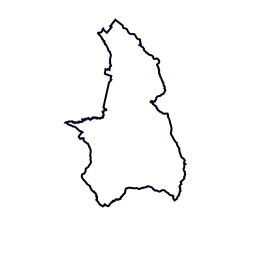 outline of Ejura-sekyedumase, Ashanti, Ghana, rotated 128°
{"feature_id": "2480657B28564915274944", "entity_name": "Ejura-sekyedumase", "entity_type": "district", "adm_level": 2, "iso_a3": "GHA", "parent_name": "Ghana", "parent_adm1": "Ashanti", "projection": "robinson", "projection_center": [-1.397, 7.385], "detail": "fine", "context": "isolated", "style": "outline", "palette": "ink", "viewbox_px": 256, "rotation_deg": 128, "n_neighbors": 0, "source": "geoboundaries", "source_scale": "gbopen_adm2", "svg_char_len": 5819}
<svg xmlns="http://www.w3.org/2000/svg" viewBox="0 0 256 256"><g transform="rotate(128 128 128)"><path d="M121.1,60.6L121.0,62.5L118.5,63.4L118.0,64.7L118.1,67.0L117.8,68.5L114.7,73.1L113.8,74.1L112.9,74.5L111.5,78.1L110.6,79.5L109.7,80.2L109.8,81.2L109.6,82.5L108.2,86.2L107.7,86.8L106.7,89.8L105.9,91.0L105.2,91.1L103.6,92.3L102.1,92.9L101.0,94.0L95.8,100.7L94.4,103.7L93.6,103.9L92.3,105.7L94.8,108.8L95.1,109.7L95.0,111.4L95.5,112.9L95.3,114.1L95.6,115.3L94.7,116.7L94.9,117.3L94.8,117.6L94.4,118.3L94.1,118.3L93.7,119.5L93.6,120.1L94.0,120.9L93.5,122.3L93.8,123.1L93.3,123.9L93.4,125.3L93.7,126.0L92.9,126.4L92.0,125.8L91.9,125.4L92.0,124.6L91.8,124.0L90.5,123.2L90.2,123.4L90.0,123.2L88.9,123.5L87.8,123.5L86.6,124.4L85.4,124.2L84.2,123.7L82.6,122.3L80.8,122.1L80.1,121.4L79.2,121.1L78.5,121.4L77.9,121.2L76.6,121.5L76.2,121.9L75.8,122.0L75.3,121.9L74.5,122.9L74.4,123.8L73.8,123.9L72.8,124.6L72.8,125.3L72.6,125.4L72.5,126.0L70.5,128.2L70.5,128.8L70.1,129.5L68.1,133.0L67.8,133.9L67.1,134.9L66.7,135.2L66.2,136.7L65.6,136.9L65.4,137.5L64.4,138.2L64.1,138.8L63.5,138.8L62.6,139.7L62.3,140.9L61.4,141.3L60.6,143.8L60.2,144.2L57.4,143.7L55.8,144.8L55.2,147.3L55.7,148.0L55.7,148.4L57.0,149.3L57.5,150.0L57.3,151.2L56.4,152.1L56.2,152.8L56.2,154.2L57.2,156.5L57.3,157.7L57.0,158.8L57.3,160.4L57.0,161.1L56.8,163.5L55.8,164.1L55.2,165.9L55.5,166.4L55.3,169.5L55.5,170.0L55.0,170.0L54.1,169.4L53.2,171.0L52.7,171.1L51.7,172.4L50.9,172.9L51.1,173.9L51.5,174.2L51.7,174.7L51.9,176.0L50.2,180.4L50.3,181.1L51.8,182.9L52.6,184.7L52.3,186.6L50.8,189.9L51.1,191.2L52.0,193.2L51.3,194.5L50.5,195.2L50.5,204.6L58.8,204.6L58.6,203.0L66.0,203.3L65.7,207.2L65.0,208.7L65.8,208.8L67.1,208.1L68.9,208.1L69.7,208.3L71.2,210.1L71.7,210.1L72.1,209.3L72.3,207.2L72.9,204.7L73.8,203.0L73.6,202.5L73.9,201.8L74.6,201.0L74.1,200.4L74.2,199.8L75.1,199.5L75.3,198.6L76.2,197.8L75.8,197.2L76.2,195.8L76.7,195.2L76.9,194.4L78.1,192.1L78.7,191.6L79.0,191.1L79.2,189.0L79.8,188.5L80.2,187.6L81.4,186.1L85.2,184.3L86.8,182.7L87.8,182.6L88.2,181.6L89.5,179.6L90.4,180.1L91.0,179.9L93.6,178.3L93.8,180.0L94.8,180.0L95.5,181.3L95.5,181.9L98.7,180.2L99.5,179.6L99.1,178.5L98.9,177.3L98.4,176.6L98.4,175.9L97.6,174.1L97.4,173.1L99.7,172.2L100.3,171.6L100.3,170.9L101.1,171.1L101.5,170.8L103.8,171.0L125.9,160.5L127.0,159.9L126.9,159.2L127.2,158.1L126.8,156.6L127.3,156.1L129.3,158.0L130.3,157.3L131.0,157.9L132.5,155.2L133.3,154.9L134.3,155.2L134.9,154.6L135.1,154.1L135.9,154.6L136.1,155.2L136.8,155.8L137.0,155.5L137.6,155.6L137.8,156.4L138.2,156.5L138.6,157.9L139.4,158.0L139.6,158.2L139.4,158.7L139.7,158.9L139.5,159.1L139.8,159.2L139.7,159.9L140.1,160.1L140.1,160.8L140.7,161.4L140.8,161.1L141.1,161.1L141.2,162.0L141.6,161.9L141.6,162.2L141.9,162.4L142.5,161.9L142.8,161.9L143.5,162.5L144.0,162.5L144.0,163.1L144.3,163.0L144.2,163.3L144.8,163.7L144.6,164.0L145.0,164.2L144.9,164.6L145.2,165.1L144.9,165.4L145.2,165.5L145.3,165.8L145.9,165.9L146.5,166.7L147.0,166.4L147.1,166.7L147.3,166.6L147.4,166.9L147.5,166.7L148.0,167.1L149.1,167.3L149.0,168.1L149.4,168.1L149.4,168.5L149.7,168.2L149.8,168.5L150.0,168.1L150.4,168.2L151.1,167.8L151.8,168.4L152.0,168.9L152.2,169.1L152.5,169.2L152.7,169.9L153.3,169.8L153.5,170.6L154.1,170.7L154.0,171.0L154.5,171.0L154.7,170.8L155.1,171.5L155.1,171.8L155.5,172.3L155.7,172.1L155.9,172.2L155.9,172.7L156.6,172.9L156.4,173.2L156.6,173.8L157.0,174.1L156.9,174.4L157.1,174.2L157.3,174.5L157.0,174.6L157.2,174.9L157.0,175.1L157.2,175.4L157.1,176.1L158.4,177.3L159.1,178.6L160.4,178.9L160.6,179.4L161.9,180.6L162.3,180.6L161.9,180.0L161.7,179.1L162.1,177.8L161.5,175.9L161.4,174.8L160.8,174.1L160.8,172.5L159.9,170.8L159.6,169.6L160.1,164.3L159.5,162.9L159.3,161.5L159.4,161.2L160.7,161.7L162.9,161.7L164.5,161.6L165.4,161.3L165.6,160.0L166.0,158.9L164.6,158.1L164.4,157.7L164.1,157.7L163.5,156.5L164.5,156.2L165.0,155.3L165.3,154.2L165.3,150.6L165.0,150.0L165.3,149.3L167.0,146.4L167.0,145.9L168.8,143.3L173.2,140.7L174.0,139.3L176.2,138.0L177.6,136.1L178.7,135.8L183.4,135.4L186.1,136.2L186.9,135.9L187.6,135.1L188.5,134.7L190.9,134.5L191.4,134.6L192.3,135.5L194.2,135.0L195.3,133.9L196.3,130.8L196.3,129.6L197.0,127.1L197.0,126.4L197.4,125.7L197.1,122.4L198.0,121.2L199.2,118.6L199.5,116.3L199.4,115.7L199.1,115.5L199.5,115.0L199.3,114.6L199.4,114.4L199.3,113.8L199.7,113.4L199.9,112.2L200.5,111.4L201.3,111.1L201.3,110.0L202.1,109.6L202.4,109.6L203.1,108.5L204.1,108.7L204.6,106.4L205.5,103.6L205.5,102.8L205.8,102.2L205.2,101.5L205.2,99.7L205.6,98.9L205.0,99.4L204.5,99.2L202.4,99.3L202.5,97.5L202.2,97.0L201.9,95.6L200.8,95.1L199.5,95.5L198.2,95.2L197.0,95.4L196.3,94.9L195.9,95.1L195.3,94.6L194.6,95.0L194.2,94.6L194.2,94.0L193.9,93.7L193.3,93.6L192.7,93.8L192.1,93.4L191.6,93.5L191.0,93.0L190.9,91.9L190.4,91.8L190.0,91.3L189.6,91.3L189.2,90.7L188.1,90.2L186.9,91.2L185.3,90.5L184.7,90.8L184.2,90.6L182.7,90.8L182.2,90.4L181.3,90.4L179.9,90.9L179.4,91.5L179.0,91.4L178.0,92.0L177.1,92.3L176.5,92.1L176.0,91.4L175.3,91.2L173.9,89.9L173.5,88.8L171.9,86.3L171.0,85.1L169.9,84.1L169.3,81.8L168.9,81.3L166.3,80.0L166.1,79.3L165.2,78.9L163.7,77.4L161.7,76.6L160.7,74.4L160.2,72.7L160.2,71.5L160.8,70.5L160.4,69.8L160.7,68.1L159.6,67.1L159.6,66.6L159.3,66.1L159.4,65.6L158.9,64.2L157.6,63.3L157.2,63.4L155.5,62.4L154.7,61.0L154.9,58.4L154.6,56.0L154.9,55.3L154.9,53.4L154.4,52.5L154.3,51.9L153.7,51.3L153.6,50.7L153.9,50.0L154.6,49.9L155.6,49.2L155.8,48.0L156.4,46.8L153.9,45.9L151.5,46.6L149.9,46.4L149.6,46.7L148.4,46.9L146.4,48.0L146.1,47.7L145.5,47.7L144.6,48.4L144.3,49.4L143.6,49.5L143.5,49.9L142.9,50.1L142.7,51.2L141.0,51.7L139.5,51.4L139.1,52.1L138.6,52.2L138.1,53.3L133.6,52.5L132.8,52.6L132.2,53.6L131.5,53.6L130.1,54.2L129.5,54.2L128.9,54.8L128.4,55.7L127.4,56.3L127.3,57.3L126.8,58.3L125.9,59.1L124.7,59.3L123.4,60.1L122.2,61.2L121.1,60.6Z" fill="none" stroke="#020617" stroke-width="2"/></g></svg>